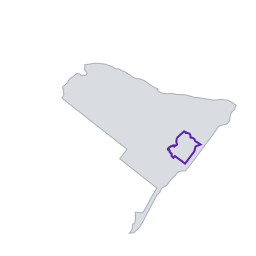 location of Oshikoto within Namibia, rotated 127°
{"feature_id": "NAM-3355", "entity_name": "Oshikoto", "entity_type": "Region", "adm_level": 1, "iso_a3": "NAM", "parent_name": "Namibia", "parent_adm1": "", "projection": "orthographic", "projection_center": [17.144, -18.609], "detail": "fine", "context": "in_parent", "style": "outline", "palette": "violet", "viewbox_px": 256, "rotation_deg": 127, "n_neighbors": 0, "source": "natural_earth", "source_scale": "10m", "svg_char_len": 4397}
<svg xmlns="http://www.w3.org/2000/svg" viewBox="0 0 256 256"><g transform="rotate(127 128 128)"><path d="M188.3,60.7L190.9,60.2L193.5,59.8L196.4,59.4L198.7,59.1L199.3,59.0L204.9,59.7L207.3,60.2L208.2,60.5L209.2,61.4L211.2,63.6L210.6,63.5L206.9,63.7L205.4,64.2L202.1,66.5L201.5,66.2L200.7,65.6L200.1,65.5L198.7,66.0L197.2,66.6L195.7,67.6L194.4,68.5L193.9,69.0L191.9,70.9L191.2,71.2L190.6,71.3L190.4,71.2L190.2,70.4L189.0,68.3L187.1,65.6L186.6,65.4L186.2,65.2L184.7,65.3L180.4,65.9L176.8,66.4L171.3,67.4L165.4,68.1L161.7,68.5L158.6,68.6L158.5,71.2L158.4,76.5L158.3,81.8L158.2,87.0L158.1,92.3L158.0,97.6L157.9,102.8L157.7,108.1L157.6,113.4L157.6,115.7L157.4,116.2L155.7,116.1L151.7,116.0L148.3,116.0L145.6,115.9L145.5,119.1L145.4,122.8L145.4,126.5L145.3,130.2L145.2,133.8L145.2,137.5L145.1,141.2L145.0,144.9L144.9,148.6L144.9,151.4L144.9,151.7L144.8,157.1L144.7,162.8L144.5,168.5L144.4,174.2L144.3,179.9L144.1,185.6L144.0,191.3L143.9,196.9L143.8,198.7L142.7,198.7L140.3,199.3L138.8,200.2L138.1,201.3L137.3,202.0L136.2,202.2L135.7,202.8L135.8,203.7L135.4,204.3L134.4,204.8L132.9,204.6L130.8,203.9L128.1,203.7L124.8,204.1L122.5,203.9L121.0,203.1L119.5,202.6L117.9,202.5L117.0,202.2L115.1,201.6L114.7,200.6L114.5,199.9L113.9,199.1L113.9,198.5L114.3,198.0L114.4,197.2L114.1,196.2L113.5,195.6L112.8,195.7L112.3,195.3L112.1,194.4L111.7,193.8L110.6,193.1L109.2,193.6L108.5,194.4L108.2,195.5L107.8,196.1L107.6,197.1L107.6,197.8L107.2,198.5L106.8,198.8L106.4,198.7L105.7,198.9L104.1,200.0L103.7,200.6L102.4,199.6L98.7,195.7L97.3,194.7L95.3,192.3L90.9,185.0L90.3,183.6L89.4,180.0L88.4,177.4L88.3,175.8L88.7,175.0L88.4,173.8L87.9,172.7L86.4,171.4L85.9,166.8L84.8,163.8L85.0,161.3L84.5,159.1L84.4,157.6L84.6,154.9L83.7,151.8L82.0,148.7L80.5,144.3L80.2,142.3L80.3,137.1L79.9,134.9L79.9,132.4L79.3,129.8L79.0,128.4L79.4,127.3L79.6,127.6L80.1,127.8L80.3,126.3L80.4,125.0L79.6,121.7L77.8,118.4L73.6,113.0L72.5,110.9L71.9,109.2L67.0,102.1L64.9,97.1L63.4,92.8L61.8,90.8L54.4,76.7L52.7,74.5L49.8,71.8L49.1,71.0L47.9,68.4L45.7,65.0L45.1,61.8L44.8,58.1L45.0,55.3L47.0,54.9L48.3,54.1L49.6,54.0L50.8,54.6L52.1,54.6L52.6,54.5L54.9,54.5L56.2,53.8L57.8,53.1L58.7,52.5L60.0,51.9L61.7,51.2L62.6,51.2L63.8,51.4L65.4,51.6L66.3,52.0L67.4,53.3L69.0,54.5L70.3,55.2L71.6,56.1L72.1,56.4L72.7,56.6L73.1,56.7L75.6,56.5L77.9,56.3L80.5,56.3L85.2,56.2L89.9,56.2L94.6,56.2L99.3,56.1L104.0,56.1L108.8,56.1L113.5,56.1L118.2,56.1L120.1,56.1L123.5,56.2L127.1,56.3L127.4,56.3L127.8,56.6L128.2,56.8L129.4,58.5L131.0,60.2L132.3,61.1L133.9,61.5L135.4,61.7L136.8,61.6L139.1,61.9L142.3,62.5L145.6,62.7L149.1,62.5L151.6,62.9L153.0,63.8L154.4,64.3L155.9,64.7L157.9,64.5L160.4,63.9L162.5,64.1L163.5,64.6L164.1,64.6L167.8,64.0L170.8,63.5L175.3,62.8L179.0,62.2L184.4,61.3L188.3,60.7Z" fill="#d9dde1" stroke="#a8b0b8" stroke-width="1"/><path d="M106.2,83.2L106.2,83.3L106.1,83.1L105.4,82.8L104.6,82.6L103.8,82.5L101.6,82.2L99.9,81.7L99.3,81.7L98.4,81.4L96.9,81.2L96.9,80.9L96.8,80.6L96.7,79.7L96.6,79.3L96.8,79.2L97.1,79.1L97.2,78.7L96.8,78.4L96.6,78.2L96.4,77.8L96.2,77.4L95.8,76.5L95.8,76.2L95.7,76.0L95.7,75.2L95.7,74.8L95.9,74.4L96.4,73.8L96.9,73.2L97.3,72.8L97.5,72.7L97.8,72.7L98.0,72.5L98.0,72.1L97.4,71.5L97.2,70.8L97.1,70.5L96.9,70.2L97.0,69.2L96.9,68.7L96.9,68.1L97.0,67.9L97.2,67.7L97.8,66.9L97.9,66.6L98.0,65.8L97.9,64.8L97.9,64.5L97.7,64.3L97.5,60.1L101.3,62.5L102.3,62.9L106.7,61.0L122.1,61.0L122.2,73.7L124.5,73.8L124.3,75.0L124.2,76.3L124.0,76.5L123.7,76.6L123.4,76.8L123.1,77.1L122.9,77.3L122.7,77.3L122.4,77.4L122.3,77.5L122.4,78.4L122.4,78.6L122.4,78.8L122.2,79.0L122.2,79.7L122.2,80.0L122.1,80.3L121.9,80.4L121.8,80.5L121.6,80.5L121.4,80.7L121.4,80.9L121.4,81.0L120.9,81.2L120.8,81.4L120.8,81.5L120.7,81.6L120.7,81.9L120.7,82.0L120.8,82.4L121.2,82.9L121.3,83.1L121.2,83.2L121.1,83.3L120.5,83.6L120.4,83.7L120.2,83.6L120.1,83.3L120.1,83.2L119.8,83.1L119.5,83.2L119.1,83.4L118.2,83.4L117.7,83.0L117.5,82.8L117.2,82.7L116.9,82.8L116.8,82.7L116.6,82.7L116.4,82.5L116.3,82.4L116.3,82.2L116.2,82.1L115.8,81.8L115.6,81.7L115.4,81.7L115.2,81.7L114.9,81.6L114.7,81.5L114.7,81.4L114.7,80.8L114.7,80.7L114.8,80.7L115.0,80.7L115.1,80.4L115.0,80.0L115.0,79.9L114.9,79.9L114.7,79.9L114.4,80.0L114.3,80.3L114.2,80.5L113.9,80.4L113.9,80.0L113.9,79.8L113.9,79.7L113.7,79.5L113.6,79.4L113.4,79.3L112.9,79.3L112.8,79.2L112.7,79.1L112.4,78.9L111.4,79.1L110.9,79.9L109.7,81.3L106.4,83.0L106.2,83.2Z" fill="none" stroke="#5b21b6" stroke-width="2"/></g></svg>